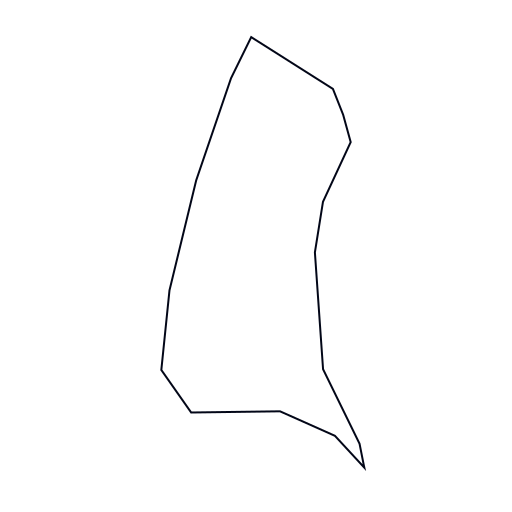 map outline of Hodoš (orthographic projection), rotated 176°
{"feature_id": "SVN-201", "entity_name": "Hodoš", "entity_type": "Municipality", "adm_level": 1, "iso_a3": "SVN", "parent_name": "Slovenia", "parent_adm1": "", "projection": "orthographic", "projection_center": [16.307, 46.822], "detail": "fine", "context": "isolated", "style": "outline", "palette": "ink", "viewbox_px": 512, "rotation_deg": 176, "n_neighbors": 0, "source": "natural_earth", "source_scale": "10m", "svg_char_len": 388}
<svg xmlns="http://www.w3.org/2000/svg" viewBox="0 0 512 512"><g transform="rotate(176 256 256)"><path d="M162.7,37.3L189.8,71.1L242.9,99.4L331.6,104.4L358.4,148.9L344.7,227.8L310.4,335.6L268.5,435.1L245.5,474.7L242.3,472.3L167.6,417.3L159.2,390.8L153.6,363.0L185.4,305.4L197.0,255.5L197.0,138.4L165.8,61.5L163.0,39.3L162.7,37.3Z" fill="none" stroke="#020617" stroke-width="2"/></g></svg>